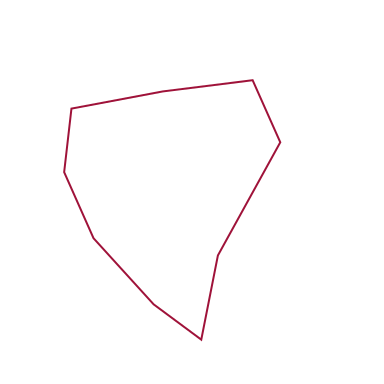 an SVG outline of Buada, rotated 330°
{"feature_id": "NRU-4970", "entity_name": "Buada", "entity_type": "state/province", "adm_level": 1, "iso_a3": "NRU", "parent_name": "Nauru", "parent_adm1": "", "projection": "equal_earth", "projection_center": [166.925, -0.53], "detail": "fine", "context": "isolated", "style": "outline", "palette": "rose", "viewbox_px": 384, "rotation_deg": 330, "n_neighbors": 0, "source": "natural_earth", "source_scale": "10m", "svg_char_len": 282}
<svg xmlns="http://www.w3.org/2000/svg" viewBox="0 0 384 384"><g transform="rotate(330 192 192)"><path d="M300.4,125.5L293.3,193.1L182.7,259.9L126.2,324.5L102.6,270.1L83.6,182.8L91.2,110.9L129.3,59.5L217.0,90.3L300.4,125.5Z" fill="none" stroke="#9f1239" stroke-width="2"/></g></svg>